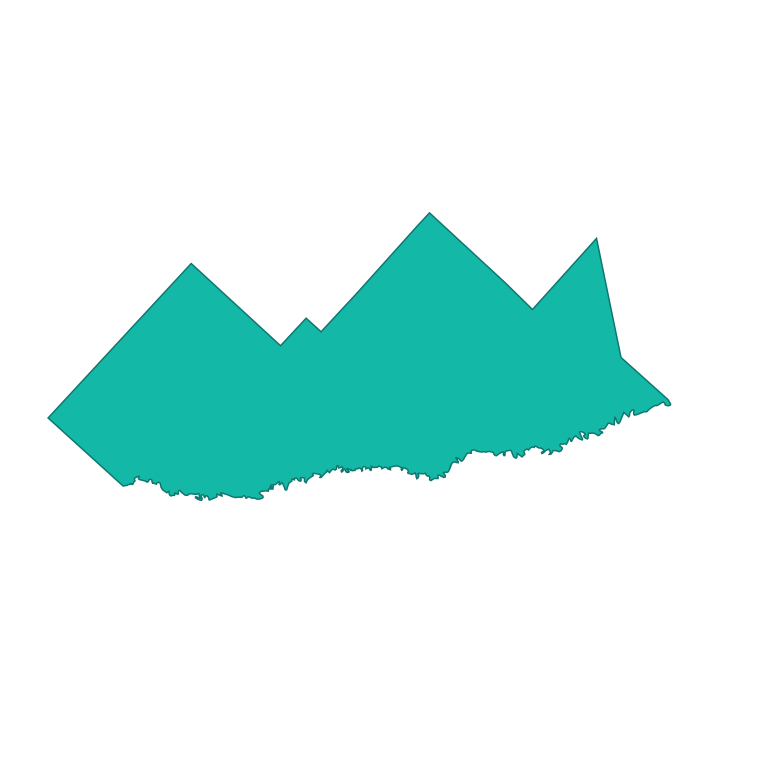 outline of General Güemes, Chaco, Argentina, rotated 132°
{"feature_id": "61730980B25522786884862", "entity_name": "General Güemes", "entity_type": "district", "adm_level": 2, "iso_a3": "ARG", "parent_name": "Argentina", "parent_adm1": "Chaco", "projection": "robinson", "projection_center": [-61.125, -25.104], "detail": "fine", "context": "isolated", "style": "filled", "palette": "teal", "viewbox_px": 768, "rotation_deg": 132, "n_neighbors": 0, "source": "geoboundaries", "source_scale": "gbopen_adm2", "svg_char_len": 6171}
<svg xmlns="http://www.w3.org/2000/svg" viewBox="0 0 768 768"><g transform="rotate(132 384 384)"><path d="M634.0,610.9L634.4,509.6L631.6,507.4L629.3,506.4L628.3,505.4L627.2,505.5L627.0,505.0L627.3,504.2L626.9,503.7L626.2,503.6L624.5,504.3L622.6,504.2L621.6,506.0L620.3,506.2L617.2,505.0L616.6,504.1L618.1,503.6L618.7,503.0L618.7,501.9L615.8,496.4L615.4,494.4L614.7,494.0L613.6,494.0L612.8,494.5L611.4,494.2L611.0,493.5L610.8,492.0L612.1,490.7L612.6,489.5L611.8,488.6L610.7,486.1L609.5,486.8L607.8,485.5L607.6,484.9L607.6,483.7L609.9,480.6L610.8,477.7L610.1,472.6L607.9,472.0L609.8,469.4L609.9,467.6L607.8,466.2L606.9,465.2L605.9,465.6L605.6,466.4L604.8,466.4L604.4,465.8L604.5,464.7L603.6,463.3L603.1,463.2L602.6,464.0L601.0,465.1L600.5,465.2L599.7,464.6L600.0,462.2L599.8,458.0L599.5,457.1L598.1,455.6L595.3,454.8L592.0,450.1L590.8,449.1L589.7,448.9L589.3,448.2L591.0,446.2L591.6,444.6L591.9,444.4L592.9,445.7L593.3,448.2L594.3,448.4L594.7,447.9L594.3,445.4L593.1,442.4L592.6,441.8L591.8,441.8L590.7,442.6L589.6,445.1L589.1,445.4L587.6,444.7L587.3,443.5L588.4,441.7L588.3,441.2L586.1,441.5L585.6,440.9L585.6,438.7L587.1,436.6L587.0,436.1L580.2,432.8L579.1,432.9L578.2,434.4L577.7,434.5L575.7,429.4L574.8,430.2L574.8,431.9L574.5,432.3L573.4,431.5L570.2,424.3L569.9,422.6L567.8,418.4L565.1,416.1L563.3,413.8L561.2,413.7L560.5,413.1L560.4,412.3L561.2,410.2L560.2,409.6L559.0,409.6L558.2,408.8L557.3,406.0L555.0,403.2L554.8,401.8L553.0,399.6L550.2,398.0L549.1,398.0L548.3,399.1L548.7,403.5L548.3,403.8L546.2,403.6L542.4,400.3L541.0,398.2L539.3,399.4L538.9,399.3L536.7,396.5L536.2,396.3L534.2,397.8L535.4,398.9L536.7,398.8L537.2,399.5L534.7,400.3L534.0,400.2L532.7,398.4L531.1,397.3L526.9,396.9L526.6,396.3L528.9,394.8L528.8,394.2L528.4,394.0L526.8,393.7L525.7,394.0L525.4,393.7L527.6,388.5L528.6,387.2L528.6,386.2L527.9,385.5L522.3,388.0L520.9,388.3L517.8,387.6L516.5,388.5L515.8,388.6L515.4,388.0L515.5,387.0L515.1,386.4L514.1,387.2L513.1,386.9L512.6,386.3L512.5,385.1L513.0,383.1L512.2,381.1L511.4,381.0L510.5,381.5L510.3,382.8L509.9,383.2L509.3,383.0L507.3,380.9L507.3,380.2L509.5,377.9L509.7,376.4L509.5,375.8L506.9,376.7L504.2,376.6L499.4,375.2L498.8,376.8L498.4,377.2L496.8,375.6L494.7,372.2L494.1,370.5L494.4,369.9L495.1,369.4L496.3,369.2L495.6,368.2L488.9,368.1L487.7,367.7L486.6,368.6L486.2,368.4L486.4,365.2L482.3,365.4L481.5,365.1L480.6,362.7L479.3,362.4L477.1,364.0L476.1,364.1L475.5,363.7L476.8,361.6L475.2,360.3L473.6,360.1L473.7,358.9L474.6,357.9L477.0,357.9L477.6,357.2L477.7,356.5L476.4,356.3L474.3,356.9L473.5,356.5L474.5,354.0L474.6,353.0L474.2,351.9L472.8,351.1L472.4,351.3L472.4,352.4L471.9,353.4L472.2,354.5L471.4,354.7L470.6,353.2L470.4,350.8L469.5,350.8L469.8,349.9L469.4,349.3L467.8,347.9L467.2,347.7L466.4,348.4L464.3,346.6L463.4,346.6L462.9,346.1L462.4,343.9L463.6,342.2L462.6,342.0L461.3,343.6L460.2,344.0L459.3,343.9L458.3,343.2L458.1,342.4L458.3,341.5L459.2,340.7L457.2,339.7L456.7,339.1L456.6,338.4L457.2,336.8L457.0,336.0L456.5,335.8L453.7,338.4L453.5,336.4L450.2,333.2L448.7,333.0L448.2,332.5L447.5,330.4L448.4,328.9L446.0,328.0L444.7,327.1L444.2,325.2L444.5,323.9L443.3,321.8L442.3,322.7L442.6,323.9L442.0,324.1L437.5,320.8L435.2,318.3L434.9,316.0L434.2,314.7L434.7,314.3L435.9,314.2L436.2,313.0L435.3,312.8L434.8,313.3L433.3,313.4L432.4,312.2L431.9,309.8L432.0,308.4L432.9,307.3L433.9,307.1L434.3,306.3L433.3,304.8L432.7,303.0L430.2,301.6L429.7,301.8L429.3,301.5L430.2,299.3L431.3,298.2L432.4,296.2L431.5,295.9L429.4,296.4L428.3,297.5L428.1,298.8L427.4,298.7L424.7,294.9L422.7,293.6L423.3,292.3L423.4,290.6L423.2,289.8L422.3,289.1L422.2,288.6L423.2,287.1L424.6,286.1L424.7,285.2L424.0,284.2L423.1,284.4L422.5,283.9L420.6,283.5L418.1,280.6L417.4,281.1L416.0,282.8L415.5,282.8L414.5,281.5L414.2,279.3L413.5,278.2L413.6,277.2L412.4,276.3L411.1,276.9L410.6,278.4L410.5,280.1L410.1,280.5L408.8,279.9L407.8,278.2L406.2,277.5L401.1,279.0L401.1,279.5L400.7,279.9L399.5,279.7L397.1,280.6L394.3,279.2L394.1,278.0L392.9,276.2L391.9,277.0L391.8,278.2L391.2,278.8L391.1,280.7L390.7,281.1L390.1,280.7L389.3,277.8L389.7,276.3L389.6,274.9L389.3,274.7L387.8,274.4L385.7,274.6L384.6,275.2L382.7,275.2L380.7,275.8L379.1,275.4L377.1,272.9L375.3,274.4L374.3,274.2L373.1,273.3L372.1,272.1L372.2,271.2L371.3,269.2L369.5,266.2L367.7,264.7L366.2,262.4L365.6,262.3L363.8,260.8L362.3,258.3L361.8,257.1L362.8,254.9L362.7,253.5L362.1,252.5L358.3,251.7L354.9,250.2L354.6,249.7L355.0,248.8L356.5,248.3L356.9,246.9L356.3,246.3L353.9,248.2L352.2,248.5L349.0,246.0L348.4,245.0L351.2,239.3L351.1,237.3L350.7,236.2L349.6,236.2L346.5,238.5L345.8,232.6L343.6,232.6L342.3,232.2L341.7,232.6L340.9,234.6L340.1,235.0L338.7,234.9L337.2,234.6L336.6,234.0L336.3,232.4L333.2,232.4L331.2,231.3L330.5,229.9L329.0,230.3L328.3,228.5L328.4,227.5L327.8,226.0L326.8,224.8L326.2,222.8L326.4,220.7L326.9,220.4L329.3,221.1L329.9,220.6L330.0,220.1L328.3,219.4L325.3,219.2L322.3,218.1L322.6,216.3L323.5,214.5L325.7,214.1L324.7,213.1L322.6,213.1L320.2,213.8L318.3,211.3L317.3,208.9L316.7,208.3L314.8,207.7L312.8,208.3L312.2,208.8L312.2,211.9L311.6,212.4L310.6,212.7L308.7,210.5L307.6,210.0L306.8,208.1L304.0,208.8L301.4,209.9L300.2,210.0L300.1,209.6L301.4,206.7L301.0,206.3L296.7,207.3L294.2,206.7L294.2,203.0L293.6,200.7L292.8,199.2L292.4,199.3L291.6,200.6L289.3,206.1L288.6,206.6L286.9,204.7L286.4,201.5L286.9,200.6L288.7,201.0L289.5,200.1L289.4,197.9L288.7,196.1L288.1,196.0L283.8,199.1L280.2,195.3L279.4,193.1L279.2,190.5L277.8,189.7L275.6,189.8L274.0,188.9L273.6,189.4L274.4,192.4L273.9,193.3L272.3,192.7L269.6,190.2L263.0,191.1L262.4,190.6L261.6,188.0L260.2,185.6L255.8,189.2L254.3,190.0L254.7,188.5L256.3,185.5L256.7,184.3L256.4,183.1L254.2,183.3L244.7,186.7L244.6,180.1L243.3,180.4L241.0,182.0L239.9,182.2L237.6,182.2L236.2,181.4L236.5,180.5L239.0,178.6L239.5,177.8L239.4,176.9L237.2,175.4L230.1,171.9L229.4,170.6L228.1,170.0L226.2,170.1L221.8,169.3L218.6,168.2L217.5,166.8L215.9,166.1L210.7,164.7L210.4,162.5L211.4,160.9L210.9,159.5L209.5,157.8L208.1,157.1L207.1,157.6L205.6,162.4L205.7,225.6L133.6,323.5L229.3,323.5L227.7,360.8L226.4,464.7L244.8,465.0L333.7,464.9L387.3,465.7L387.2,485.9L424.8,486.5L423.5,607.9L634.0,610.9Z" fill="#14b8a6" stroke="#0f766e" stroke-width="1.5"/></g></svg>